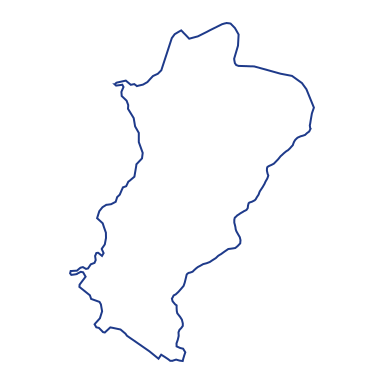 outline of Lattakia, Lattakia, Syria
{"feature_id": "27442178B94813764709421", "entity_name": "Lattakia", "entity_type": "district", "adm_level": 2, "iso_a3": "SYR", "parent_name": "Syria", "parent_adm1": "Lattakia", "projection": "orthographic", "projection_center": [35.92, 35.7], "detail": "fine", "context": "isolated", "style": "outline", "palette": "blue", "viewbox_px": 384, "rotation_deg": 0, "n_neighbors": 0, "source": "geoboundaries", "source_scale": "gbopen_adm2", "svg_char_len": 4399}
<svg xmlns="http://www.w3.org/2000/svg" viewBox="0 0 384 384"><path d="M313.9,107.6L306.4,89.2L303.2,84.8L302.0,83.1L295.2,78.2L292.0,75.9L280.5,73.7L267.6,70.1L254.1,66.4L253.8,66.4L253.7,66.4L251.3,66.3L250.1,66.3L245.3,66.1L244.7,66.1L238.5,65.9L236.7,65.2L236.3,65.1L236.2,65.0L235.9,64.6L235.4,63.8L234.9,63.2L234.3,60.1L234.3,59.8L234.3,59.7L234.1,58.9L238.0,45.7L238.6,34.5L236.0,29.9L234.9,28.0L234.8,27.9L230.6,23.6L229.7,23.4L228.9,23.3L228.1,23.2L227.2,23.1L226.5,23.0L226.0,23.2L224.9,23.4L224.5,23.5L222.1,24.2L209.8,30.3L207.0,31.8L205.0,32.8L197.8,36.4L195.4,37.0L194.8,37.2L193.6,37.5L189.2,38.7L185.5,34.8L183.4,32.7L183.1,32.4L183.0,32.2L181.2,30.4L178.7,31.8L174.7,34.2L171.8,38.1L170.5,42.1L166.7,53.8L164.8,59.6L161.3,70.3L157.8,73.8L154.3,75.4L153.7,75.7L152.9,76.1L150.0,79.2L147.4,82.1L143.0,84.6L137.9,85.8L136.9,86.1L136.7,85.9L134.3,84.1L130.8,84.8L125.8,80.6L119.5,82.0L117.8,82.4L117.6,82.4L116.9,82.6L116.5,82.7L116.0,83.1L115.5,83.6L114.8,84.3L114.7,84.3L116.1,85.6L121.4,84.9L121.8,84.8L122.3,84.7L123.5,87.0L121.8,90.9L121.4,92.0L121.6,94.5L121.7,96.0L126.0,100.1L126.6,100.7L128.2,105.0L128.2,106.0L128.0,108.8L131.5,114.5L133.7,118.1L135.1,126.4L138.8,132.9L138.8,138.3L138.8,142.1L142.7,152.9L142.0,158.4L140.5,160.0L136.9,163.8L136.6,164.1L136.4,164.3L136.2,166.1L134.4,176.7L129.3,181.0L128.3,181.7L127.8,182.8L126.2,186.2L122.9,187.4L122.9,187.5L121.7,190.1L120.9,192.0L120.2,193.6L119.8,194.6L117.1,197.2L116.8,198.3L115.7,201.8L111.1,204.2L107.6,204.7L106.6,204.8L106.3,204.8L106.2,204.9L102.5,207.2L101.6,208.3L99.3,211.2L98.4,214.0L97.1,218.2L100.1,220.9L102.7,223.3L103.8,226.7L105.9,232.7L106.0,238.0L104.8,244.4L103.5,246.3L101.8,248.7L101.7,249.0L103.6,253.1L102.0,255.9L98.2,252.8L97.8,252.8L97.7,252.8L97.1,252.9L96.4,253.0L96.1,253.6L95.6,254.9L95.1,255.9L95.2,256.7L95.7,260.1L94.5,262.9L92.4,263.7L90.8,264.3L88.3,268.0L88.1,268.4L87.0,268.7L86.0,268.9L84.6,268.1L82.9,267.1L80.5,267.7L79.0,268.9L76.9,270.7L74.3,270.8L72.9,270.9L71.7,271.0L70.7,271.0L70.3,272.5L70.1,273.3L71.3,274.9L72.7,274.7L73.5,274.6L76.2,274.2L76.8,274.0L76.8,273.9L80.8,271.8L81.7,272.0L83.1,272.3L85.6,276.7L79.6,284.6L79.4,286.9L89.9,295.3L90.9,298.2L91.1,298.9L99.5,301.9L100.8,304.2L100.9,304.4L101.1,305.5L102.1,311.3L99.9,318.3L95.4,323.3L94.9,324.0L94.6,324.3L96.3,327.3L98.9,327.9L101.9,330.9L103.0,332.1L104.8,332.5L108.9,328.7L109.6,328.0L110.3,327.4L112.5,327.8L120.5,329.5L125.5,333.7L126.9,335.7L129.6,337.6L137.3,342.9L149.4,351.3L158.5,358.7L159.6,357.1L160.6,355.5L161.2,354.7L164.7,356.9L168.0,359.1L168.3,359.3L170.2,360.8L171.4,360.8L172.6,360.8L172.9,360.6L176.1,359.6L179.6,360.6L182.7,361.0L183.4,358.2L184.0,356.4L184.1,355.8L184.4,355.0L185.3,352.3L183.1,348.7L180.2,348.0L176.6,346.4L176.5,343.4L177.8,339.7L178.7,335.9L178.5,332.3L179.5,329.8L181.2,328.1L182.8,325.9L182.8,323.4L181.9,319.7L180.2,317.0L177.3,313.3L176.8,311.1L176.6,307.9L176.6,305.4L175.8,304.8L175.2,304.4L172.6,301.3L171.9,298.6L172.7,297.4L173.2,296.3L173.7,295.4L175.7,294.4L178.3,292.0L181.3,288.6L183.6,285.9L184.7,282.7L186.0,277.5L186.6,274.8L187.3,273.8L188.6,272.9L190.1,272.6L192.6,271.7L194.1,270.2L196.2,268.3L197.9,267.0L200.2,265.8L203.2,264.1L206.7,263.2L209.8,262.0L212.0,260.5L215.8,258.1L218.1,255.9L219.6,254.9L220.9,254.2L224.5,251.6L228.3,249.0L230.8,248.7L233.6,248.3L235.3,248.0L237.6,246.1L240.2,243.4L240.5,240.2L239.8,237.2L238.1,234.3L236.4,231.3L235.7,229.3L235.4,227.1L234.9,224.9L234.3,222.7L234.3,219.7L234.8,217.7L236.4,216.3L236.6,216.1L237.1,215.5L238.7,214.5L240.4,213.3L243.0,211.8L243.9,211.2L244.8,210.8L246.5,209.9L247.7,208.2L248.0,205.9L248.0,205.5L248.1,205.3L248.6,203.3L249.2,202.7L249.3,202.6L252.0,201.7L254.7,200.3L255.7,199.3L255.8,199.1L256.8,197.3L258.6,194.6L259.4,192.3L259.9,191.2L260.7,190.0L262.7,187.0L263.9,184.9L264.5,183.9L265.5,181.6L265.8,181.1L267.3,178.5L267.9,176.8L268.3,175.5L267.6,173.8L267.5,173.3L266.9,170.6L267.0,168.1L267.3,167.4L267.5,166.9L269.2,165.9L271.5,164.9L273.8,163.7L275.2,162.3L278.1,159.3L279.0,158.2L280.6,156.2L282.1,154.9L283.9,153.2L286.2,151.3L287.3,150.6L287.9,150.3L290.0,148.3L291.2,146.9L292.8,145.2L293.4,143.4L294.1,141.7L295.3,139.8L297.4,137.8L297.5,137.7L300.6,136.3L302.8,135.7L303.1,135.6L305.1,134.9L306.9,133.2L309.2,131.5L310.1,129.6L310.6,128.7L310.2,128.2L309.8,125.5L310.2,123.5L310.7,120.3L311.9,113.4L313.9,107.6Z" fill="none" stroke="#1e3a8a" stroke-width="2"/></svg>